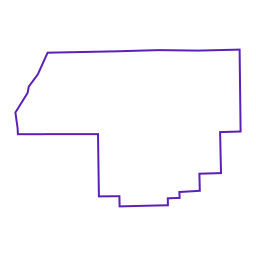 outline of Woodford, Illinois, United States of America
{"feature_id": "52423323B31485685808908", "entity_name": "Woodford", "entity_type": "district", "adm_level": 2, "iso_a3": "USA", "parent_name": "United States of America", "parent_adm1": "Illinois", "projection": "orthographic", "projection_center": [-89.225, 40.761], "detail": "fine", "context": "isolated", "style": "outline", "palette": "violet", "viewbox_px": 256, "rotation_deg": 0, "n_neighbors": 0, "source": "geoboundaries", "source_scale": "gbopen_adm2", "svg_char_len": 421}
<svg xmlns="http://www.w3.org/2000/svg" viewBox="0 0 256 256"><path d="M239.6,49.6L198.3,50.6L158.5,50.1L117.3,51.3L47.6,52.7L37.8,74.4L28.8,86.5L27.6,92.9L15.4,112.5L17.6,128.1L17.9,134.2L98.0,134.1L98.9,196.4L119.4,196.2L119.6,206.4L160.3,205.4L167.9,205.3L167.8,198.3L179.6,197.9L179.4,192.0L199.8,190.8L199.4,173.7L221.0,173.1L220.1,132.1L240.6,131.5L239.6,49.6Z" fill="none" stroke="#5b21b6" stroke-width="2"/></svg>